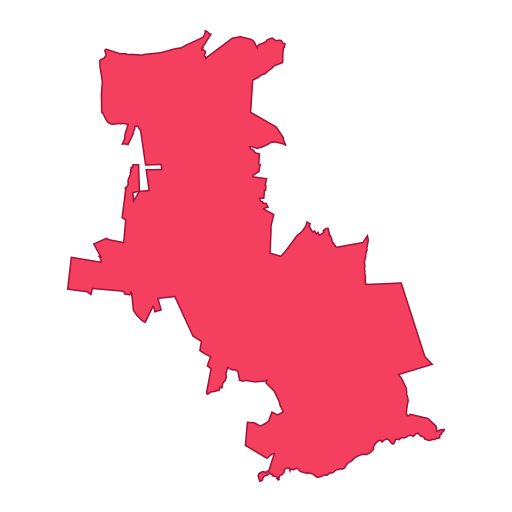 outline of Ezequiel Montes, Querétaro, Mexico
{"feature_id": "50627088B86896895761869", "entity_name": "Ezequiel Montes", "entity_type": "district", "adm_level": 2, "iso_a3": "MEX", "parent_name": "Mexico", "parent_adm1": "Querétaro", "projection": "equal_earth", "projection_center": [-99.842, 20.653], "detail": "fine", "context": "isolated", "style": "filled", "palette": "rose", "viewbox_px": 512, "rotation_deg": 0, "n_neighbors": 0, "source": "geoboundaries", "source_scale": "gbopen_adm2", "svg_char_len": 6036}
<svg xmlns="http://www.w3.org/2000/svg" viewBox="0 0 512 512"><path d="M444.3,429.5L442.9,429.5L441.4,429.9L440.5,429.7L439.9,429.9L439.2,430.6L436.7,431.4L436.5,427.3L435.8,425.9L428.0,418.5L410.3,414.3L408.8,415.7L407.1,415.6L407.0,414.5L406.2,413.5L407.5,403.3L407.9,402.5L408.2,400.8L407.8,398.2L406.5,393.5L406.7,392.5L406.3,388.2L401.3,378.0L398.6,374.5L432.2,364.3L424.9,356.8L401.2,283.0L369.2,284.4L365.6,284.2L365.2,279.6L365.6,278.1L365.1,275.8L365.0,273.9L364.7,272.8L364.9,271.1L364.6,269.5L364.6,267.7L364.9,266.2L364.5,263.7L364.5,261.4L365.7,256.6L365.9,252.8L367.0,250.5L366.8,248.1L368.2,240.9L368.1,238.7L367.4,235.8L363.1,242.5L337.0,247.2L335.7,246.8L335.2,245.5L334.1,244.7L333.8,243.1L332.6,242.4L332.0,240.6L331.7,238.8L330.3,235.3L329.2,235.1L329.2,232.4L328.4,230.7L328.4,228.7L327.4,228.2L324.3,229.5L324.6,230.0L323.2,230.9L323.8,232.5L319.3,235.3L317.9,232.3L316.2,233.9L314.5,230.9L312.6,232.2L309.1,226.0L310.2,223.8L307.0,222.1L305.6,226.5L302.1,231.4L297.1,235.5L285.2,251.6L280.7,256.3L270.1,253.1L271.0,231.2L271.0,225.9L273.8,214.6L263.6,209.0L264.6,208.1L268.1,207.2L266.0,203.3L263.2,203.3L263.0,202.2L260.3,200.8L259.6,198.2L263.8,198.3L264.5,190.3L265.6,190.3L265.9,185.8L265.2,185.4L266.6,178.7L253.0,176.9L253.2,175.2L258.9,171.6L260.2,164.5L259.2,164.5L258.8,163.6L259.4,153.8L255.2,152.9L253.8,150.8L252.5,149.6L251.0,149.2L249.5,146.8L252.1,146.7L257.3,148.5L259.4,147.6L261.5,147.2L267.9,144.4L270.9,142.3L271.8,142.2L276.3,142.1L284.1,144.2L285.9,145.6L283.5,140.1L283.3,137.6L276.2,127.0L250.6,112.3L252.7,80.2L257.2,78.0L262.1,74.6L265.0,73.9L267.8,71.2L272.0,68.1L274.1,65.8L282.7,62.5L282.9,52.8L283.3,50.4L283.3,48.8L283.9,47.2L284.5,47.2L285.0,43.7L282.9,43.3L281.2,40.5L279.1,40.2L276.3,40.7L274.1,39.6L272.6,38.1L271.0,38.4L267.1,39.9L265.8,41.8L265.0,42.0L262.4,43.5L259.3,44.4L257.9,45.8L257.2,47.9L253.8,41.3L251.4,39.5L240.5,36.7L232.3,38.2L205.6,58.3L205.6,56.9L204.2,55.7L205.3,53.0L205.6,51.7L203.5,49.8L202.2,50.1L202.8,48.2L201.9,48.5L202.0,47.7L204.1,45.0L210.9,34.2L209.0,33.7L207.6,31.9L205.2,30.7L204.9,33.7L203.3,37.0L199.9,38.8L185.1,45.6L181.6,47.8L175.3,48.7L161.9,52.4L159.0,52.9L143.8,54.5L142.3,55.2L132.7,54.4L127.3,54.6L126.6,53.9L119.6,53.6L106.1,49.2L105.0,50.0L105.0,51.1L105.4,52.9L106.3,55.0L104.2,58.0L100.1,60.2L99.8,60.6L100.0,67.2L100.8,71.2L102.4,82.5L102.2,83.2L101.4,94.3L101.7,112.2L101.8,112.6L102.9,113.1L105.1,117.9L106.8,120.8L108.1,122.5L109.2,123.2L111.8,124.2L113.6,124.4L114.8,123.9L119.4,123.6L121.1,123.8L122.4,123.4L128.2,124.3L125.4,132.8L124.8,135.9L124.7,138.9L122.3,144.0L125.8,143.9L127.9,144.7L132.8,134.9L133.5,131.3L134.5,129.6L134.9,127.8L134.6,126.4L137.7,126.1L139.1,128.6L140.5,129.9L145.6,165.0L161.1,164.5L161.8,169.6L146.2,169.7L149.1,190.5L139.4,191.4L133.5,201.1L132.9,192.7L139.4,191.2L138.6,164.8L132.9,164.8L132.9,167.0L131.2,167.3L131.5,168.6L130.8,169.1L130.8,170.5L131.4,171.3L130.3,172.3L130.5,173.6L130.1,175.0L128.0,180.4L128.2,184.4L126.7,187.3L125.3,187.7L125.3,188.9L126.0,189.1L125.3,192.0L124.7,197.4L122.1,217.6L125.7,220.0L123.7,242.6L108.8,239.7L106.5,238.3L93.7,244.0L100.7,256.5L99.1,256.1L99.0,256.5L100.1,257.4L101.0,260.1L101.1,262.3L71.3,257.3L67.7,289.2L84.8,291.4L87.3,291.8L90.9,294.6L92.5,288.5L122.3,291.1L124.0,291.9L125.0,294.1L129.9,294.8L131.3,291.3L131.3,293.1L132.0,293.9L131.7,294.3L132.0,294.8L131.7,295.7L132.0,296.6L133.3,309.1L133.7,310.8L137.3,315.9L142.3,320.8L145.2,322.3L153.0,306.3L154.3,309.0L154.8,311.8L161.1,309.9L157.9,298.4L174.8,296.5L193.0,336.1L201.4,341.4L199.9,350.5L203.7,353.1L210.6,356.7L207.3,365.9L211.1,368.7L206.5,392.9L206.6,393.4L207.7,394.3L210.8,391.9L213.7,391.6L219.2,390.2L219.7,387.3L222.0,387.9L222.5,384.0L223.6,382.2L225.0,380.9L226.2,377.9L226.4,376.5L225.9,373.6L227.8,367.2L230.6,369.3L232.9,369.9L234.3,369.8L235.1,369.9L236.9,370.7L237.4,371.2L238.2,372.3L238.7,376.4L239.9,379.8L238.8,379.9L242.3,381.1L244.5,380.8L245.5,380.4L254.8,381.9L265.5,381.0L266.7,380.3L266.1,383.1L274.0,390.8L279.2,401.5L280.0,405.2L283.3,412.0L277.3,414.9L271.9,412.1L268.8,420.8L265.7,423.3L260.1,426.1L254.7,422.9L247.4,422.3L245.4,445.4L267.0,458.3L272.0,453.9L274.3,453.8L269.3,469.2L269.2,470.9L267.6,471.1L266.8,471.4L266.5,472.3L265.5,472.7L265.1,472.1L264.5,471.8L263.2,471.6L261.1,472.2L258.9,473.8L258.3,475.1L258.3,476.8L259.8,481.3L262.0,480.6L262.6,479.5L262.9,478.1L263.5,476.9L264.5,476.0L267.1,475.4L268.0,474.8L268.6,473.5L269.4,473.0L270.0,473.2L271.1,474.6L272.1,474.1L273.3,475.7L273.0,476.0L274.5,476.1L277.1,477.2L277.4,477.6L276.9,478.5L278.1,479.9L278.3,479.4L279.1,479.4L278.5,478.3L279.2,477.6L279.2,476.7L280.2,475.3L281.3,474.7L282.4,474.5L282.8,473.6L283.8,472.9L284.2,471.5L284.1,470.8L284.2,469.9L285.5,468.8L288.0,467.7L288.8,468.1L289.4,469.0L290.0,470.7L290.3,469.2L291.0,469.0L292.9,469.7L294.2,469.6L295.6,468.6L296.6,468.2L297.6,468.6L299.5,470.7L300.7,471.6L307.6,473.5L307.8,473.5L307.9,472.6L312.3,473.9L313.0,474.1L316.4,476.9L317.2,477.2L317.9,477.3L320.8,476.6L324.7,474.8L326.7,475.3L327.4,475.1L328.1,474.1L328.6,474.0L329.5,473.1L332.4,472.8L333.3,472.3L335.6,470.3L336.9,469.7L340.4,468.9L342.3,469.2L344.1,468.3L344.8,467.7L345.7,466.0L347.6,463.3L351.0,461.1L351.7,460.9L354.1,458.4L357.2,456.3L362.3,454.3L366.1,454.6L368.6,453.6L370.8,452.1L373.4,449.5L373.5,447.5L374.0,445.8L375.6,443.5L377.6,441.4L379.5,440.5L381.1,440.5L381.7,441.8L382.2,442.0L384.5,439.8L386.7,439.1L387.6,439.1L388.8,439.9L390.2,441.7L391.9,443.5L392.5,443.9L393.7,443.9L394.8,441.8L395.6,439.5L397.3,439.1L399.4,439.7L400.2,438.6L401.1,437.8L401.9,437.7L403.5,438.0L404.9,437.7L405.2,437.4L406.2,437.2L408.1,435.9L409.5,435.3L410.5,435.2L413.4,436.4L415.9,433.9L417.6,433.1L418.9,434.0L420.9,436.4L422.3,436.4L424.2,437.7L424.7,439.1L425.8,439.1L426.3,439.6L429.0,440.5L431.5,439.9L431.8,439.5L434.2,439.5L435.2,439.2L436.0,438.5L436.6,438.2L437.9,438.5L439.7,437.8L439.8,435.3L440.5,434.6L441.4,434.3L441.3,433.4L441.4,432.9L441.9,432.3L443.0,431.8L443.8,431.0L444.3,429.5Z" fill="#f43f5e" stroke="#9f1239" stroke-width="1.5"/></svg>